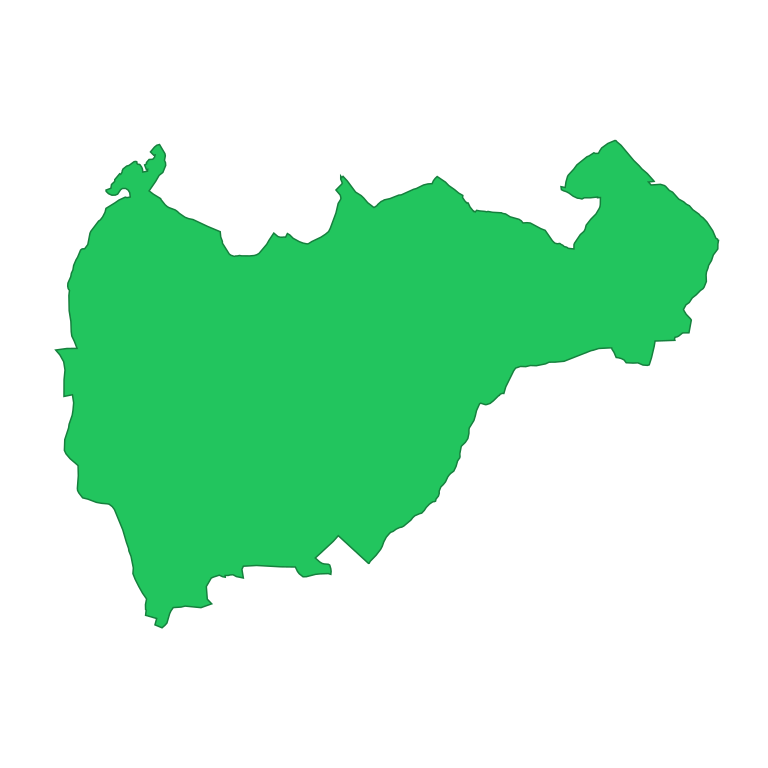 Milas, Bistrita-Nasaud, Romania (Equal Earth projection), rotated 272°
{"feature_id": "2599482B6328448760405", "entity_name": "Milas", "entity_type": "district", "adm_level": 2, "iso_a3": "ROU", "parent_name": "Romania", "parent_adm1": "Bistrita-Nasaud", "projection": "equal_earth", "projection_center": [24.441, 46.819], "detail": "fine", "context": "isolated", "style": "filled", "palette": "green", "viewbox_px": 768, "rotation_deg": 272, "n_neighbors": 0, "source": "geoboundaries", "source_scale": "gbopen_adm2", "svg_char_len": 6118}
<svg xmlns="http://www.w3.org/2000/svg" viewBox="0 0 768 768"><g transform="rotate(272 384 384)"><path d="M535.6,712.8L539.1,713.3L539.1,712.8L540.4,712.3L541.3,710.6L548.6,707.2L557.3,701.0L561.1,697.2L563.1,694.3L564.7,692.9L568.9,686.6L572.8,683.0L574.2,680.0L576.5,677.2L579.1,672.1L585.8,665.7L587.4,662.4L591.3,658.6L592.1,657.4L593.2,653.3L592.2,644.0L595.1,641.2L595.9,646.9L596.5,646.5L603.5,639.8L607.9,634.3L611.1,631.3L616.1,625.8L630.8,612.6L634.1,608.4L635.3,607.3L635.4,606.2L632.2,599.3L627.5,593.3L624.8,591.6L622.0,590.3L621.8,587.1L622.4,585.7L619.1,581.0L618.2,578.9L609.7,569.1L605.3,566.1L599.2,560.9L597.9,560.2L592.3,558.8L586.7,558.2L587.4,554.0L584.4,554.5L583.4,556.6L582.6,559.4L581.2,562.3L578.3,566.5L576.5,570.7L576.3,573.2L575.8,575.4L577.1,577.7L577.3,583.8L578.3,590.9L577.6,590.9L577.9,593.8L571.1,593.9L569.0,593.7L567.2,593.1L561.3,589.9L556.0,585.0L549.8,580.5L545.7,579.6L543.5,578.5L540.2,575.0L531.4,569.5L529.9,569.0L525.6,569.1L526.0,563.5L527.1,561.8L527.6,559.4L529.0,557.7L529.5,556.4L530.6,554.8L530.2,552.2L530.8,549.7L533.0,547.3L543.2,539.7L544.7,535.4L550.0,524.6L550.2,521.2L549.8,517.3L551.9,515.5L553.3,513.2L555.5,504.2L558.2,499.6L558.6,496.7L559.2,495.4L559.4,486.4L560.1,481.9L559.6,480.5L560.0,479.0L560.3,473.6L560.8,470.5L559.1,469.1L560.0,467.6L559.7,467.4L563.9,463.8L567.8,461.8L567.6,461.3L568.2,460.5L567.9,460.2L569.9,458.3L573.1,456.0L575.2,456.2L577.4,452.0L580.7,447.8L584.6,441.8L587.9,438.4L593.2,429.9L591.3,428.0L588.9,426.3L585.9,425.1L585.5,420.9L584.3,416.6L580.5,409.5L579.6,406.7L573.6,394.6L573.3,392.2L569.5,383.5L568.0,377.8L567.1,376.5L566.3,374.8L563.2,371.5L561.9,370.6L560.0,367.8L564.6,361.4L569.2,357.2L571.5,354.6L574.8,348.9L585.7,340.2L590.1,335.8L588.9,334.6L590.3,333.5L587.2,333.6L583.4,335.3L582.3,334.8L576.2,329.2L571.2,333.7L568.2,334.5L566.7,334.1L562.9,331.9L553.2,330.0L537.8,324.9L534.4,323.3L531.6,320.2L528.5,315.8L523.8,306.8L521.7,303.8L521.3,302.4L522.0,298.2L523.3,294.4L526.4,288.2L529.7,284.6L531.0,282.2L527.3,280.5L527.4,279.0L527.1,277.0L527.1,275.0L527.7,272.8L531.0,268.6L523.7,264.1L519.5,261.9L510.2,254.6L508.8,252.4L507.9,249.9L507.3,245.1L507.1,237.2L507.4,235.1L506.8,232.7L506.8,231.4L506.3,229.9L507.4,226.4L508.5,224.8L519.1,217.6L520.9,217.5L525.3,215.7L530.5,215.0L535.3,202.3L541.7,187.4L542.4,183.1L543.7,179.3L547.4,173.5L549.2,171.5L550.7,169.2L552.8,162.9L553.7,161.2L555.5,159.0L560.4,154.8L561.5,154.3L565.6,147.0L568.8,142.5L578.5,148.7L584.7,152.0L587.7,155.6L594.8,158.2L597.6,157.9L599.8,156.8L604.4,157.5L606.6,157.0L615.5,151.3L614.7,148.6L612.7,146.3L607.8,142.5L604.6,145.9L604.9,147.2L602.5,146.7L600.5,145.0L600.2,141.4L597.1,138.9L595.8,139.1L594.6,137.1L589.9,139.1L590.3,140.3L588.4,140.2L587.4,135.6L590.4,135.1L592.2,134.3L594.6,132.5L595.0,131.7L595.0,130.2L595.7,129.4L597.3,129.3L597.8,128.3L597.5,126.5L593.6,121.6L592.8,119.2L589.8,115.7L587.8,114.9L586.6,114.9L584.3,113.5L584.9,112.5L578.9,107.8L577.1,107.8L573.9,104.7L570.1,104.2L568.1,99.4L566.8,99.6L564.6,102.0L563.2,105.4L563.4,108.9L564.5,111.2L569.0,114.0L570.3,115.8L570.4,119.0L568.9,121.5L566.3,123.2L562.0,123.9L561.3,120.7L561.7,118.9L558.6,112.7L555.6,108.7L549.8,100.0L545.9,99.2L541.2,97.0L538.0,94.7L536.9,93.1L526.4,85.7L524.4,84.9L513.0,83.1L508.7,80.1L508.5,77.6L507.3,76.1L500.1,73.4L497.4,71.9L491.7,69.7L487.1,69.1L483.8,67.7L480.3,67.2L473.8,64.6L470.7,64.5L468.2,65.1L466.6,66.4L461.5,66.0L446.3,66.8L435.5,68.9L425.3,69.6L421.1,70.3L415.9,73.0L408.9,76.0L408.4,65.7L406.5,54.7L401.7,59.1L395.1,63.1L386.8,64.7L377.1,64.1L360.4,64.6L362.4,73.0L354.4,74.5L346.9,74.1L342.0,73.5L332.8,70.7L329.1,70.3L317.3,66.9L306.5,66.9L303.0,68.7L298.4,72.9L291.8,81.1L281.6,81.7L269.0,81.2L266.9,81.5L264.5,82.8L259.7,86.8L258.6,92.1L255.7,100.6L254.9,105.9L254.6,111.6L254.3,113.4L252.0,116.7L249.1,119.0L229.2,128.0L216.8,132.1L210.9,134.4L208.2,134.9L202.9,137.2L191.4,139.9L185.7,139.7L180.0,142.2L173.1,146.0L166.5,150.0L160.9,154.2L155.2,153.3L150.3,153.6L149.7,154.2L144.5,153.8L141.7,165.0L135.3,163.5L132.6,170.7L135.2,173.5L137.5,175.4L147.0,177.8L149.8,179.0L153.2,181.2L154.0,189.1L155.1,193.0L154.1,208.9L158.3,219.5L162.8,214.9L175.4,213.5L184.0,218.1L185.1,220.3L187.2,226.1L185.8,229.3L185.4,232.1L187.1,231.9L187.2,234.9L187.8,236.8L188.1,239.8L186.4,243.2L185.2,250.2L193.8,248.5L197.0,249.8L198.2,263.0L197.7,287.1L198.0,301.8L193.6,304.1L191.4,305.9L188.5,309.8L188.7,313.1L191.4,322.3L192.0,326.7L192.6,334.9L191.9,337.5L194.8,337.7L197.5,337.3L201.1,336.1L201.9,334.7L202.1,330.4L202.6,328.3L204.0,325.9L207.7,321.4L225.1,338.9L230.8,343.6L204.2,374.7L204.3,375.4L206.3,376.4L212.6,382.1L218.6,386.4L221.7,387.9L226.2,389.3L231.0,391.6L234.5,394.4L236.0,395.8L237.0,398.2L239.5,401.4L241.1,404.6L241.6,406.8L242.7,408.7L249.1,415.8L251.3,417.3L253.4,419.4L255.6,424.0L256.3,426.2L259.1,428.7L262.1,430.5L265.5,433.5L268.0,436.9L268.2,438.4L268.7,439.6L270.8,440.0L273.9,442.3L276.5,443.0L278.9,442.9L283.1,444.4L285.6,446.8L288.4,448.9L293.4,451.0L295.3,452.3L296.9,453.7L299.4,456.8L304.2,458.9L309.6,460.2L312.9,462.3L314.1,462.5L316.9,462.2L323.9,463.3L324.8,463.7L328.5,467.3L332.4,469.7L337.6,470.6L341.4,470.5L343.1,470.8L350.6,475.1L355.5,476.4L360.7,477.4L367.5,480.2L368.2,481.3L366.9,486.0L367.0,487.2L368.3,490.7L371.0,493.9L376.6,499.2L376.6,499.7L377.9,500.5L378.8,502.7L378.7,504.1L385.4,505.8L401.8,513.2L404.5,515.0L406.3,519.7L406.3,525.1L407.6,529.6L407.6,535.6L409.8,544.8L411.6,548.3L411.8,553.9L413.0,563.2L424.5,589.7L425.1,592.0L427.0,597.4L427.9,607.6L428.0,610.3L426.8,610.6L423.6,612.8L418.6,615.1L418.4,617.3L417.7,620.3L416.4,623.1L413.7,625.3L413.6,632.3L414.0,637.0L412.0,642.1L411.8,646.6L412.4,648.4L419.5,650.4L431.0,652.7L436.4,653.4L437.8,673.2L439.1,672.8L440.8,673.1L441.5,675.6L442.4,677.1L445.2,680.3L445.5,681.0L445.8,687.0L458.6,688.9L459.8,688.1L464.2,683.6L467.5,681.4L469.0,680.7L473.6,683.0L476.1,686.2L480.8,689.1L484.0,692.9L488.5,697.0L490.4,699.5L491.9,700.5L497.7,702.6L504.1,702.1L507.3,702.4L511.0,703.7L513.9,704.3L518.8,707.0L524.4,708.6L530.6,712.9L535.6,712.8Z" fill="#22c55e" stroke="#15803d" stroke-width="1.5"/></g></svg>